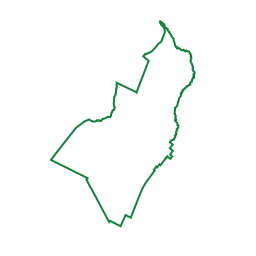 San Antonio de Areco, Buenos Aires, Argentina (Equal Earth projection), rotated 341°
{"feature_id": "61730980B86135062505656", "entity_name": "San Antonio de Areco", "entity_type": "district", "adm_level": 2, "iso_a3": "ARG", "parent_name": "Argentina", "parent_adm1": "Buenos Aires", "projection": "equal_earth", "projection_center": [-59.396, -34.207], "detail": "fine", "context": "isolated", "style": "outline", "palette": "green", "viewbox_px": 256, "rotation_deg": 341, "n_neighbors": 0, "source": "geoboundaries", "source_scale": "gbopen_adm2", "svg_char_len": 5732}
<svg xmlns="http://www.w3.org/2000/svg" viewBox="0 0 256 256"><g transform="rotate(341 128 128)"><path d="M196.1,108.5L197.0,108.2L197.1,107.8L197.2,107.6L197.6,107.7L198.8,107.6L199.3,107.7L199.7,107.1L200.7,107.2L200.5,106.8L200.7,106.5L201.0,106.2L201.5,106.1L201.9,105.3L202.6,105.0L202.9,105.0L203.2,105.1L203.5,104.9L203.7,104.7L203.6,104.3L203.8,104.0L204.2,103.6L204.3,103.3L204.3,103.0L204.5,102.8L205.1,102.7L205.5,101.9L205.8,101.6L206.2,101.7L206.3,101.9L206.7,102.1L207.0,102.0L207.0,101.1L206.7,100.9L206.7,100.7L206.8,100.6L207.4,100.5L207.4,100.1L207.0,99.7L207.1,99.4L207.6,99.4L207.7,99.0L207.3,98.8L207.3,98.6L207.7,98.4L208.1,98.5L208.2,98.8L208.4,98.7L208.6,98.0L208.9,97.6L209.2,96.3L208.7,95.9L208.6,95.7L208.3,95.5L208.2,95.1L208.3,94.5L208.1,93.8L208.5,92.8L209.1,92.5L209.1,92.4L209.0,91.5L209.3,90.9L209.3,90.2L209.4,89.8L209.1,89.7L209.3,88.2L209.1,87.4L209.2,86.8L208.9,85.8L208.9,85.4L209.0,85.1L209.4,84.6L209.4,84.3L209.3,84.0L209.3,83.8L209.6,83.7L210.2,83.2L210.6,82.9L210.7,81.9L210.3,81.3L210.3,81.2L210.7,81.1L210.8,80.8L211.2,80.5L211.0,80.1L211.3,78.6L211.2,78.4L211.1,78.0L210.8,77.9L211.0,77.6L211.0,77.4L210.8,76.8L210.8,76.5L210.6,76.1L210.5,75.6L209.8,75.3L209.5,74.8L209.0,74.6L208.3,73.7L207.7,73.8L207.6,74.3L207.4,74.4L206.7,73.5L206.4,73.4L206.4,72.7L206.2,72.4L205.7,72.1L204.8,72.3L203.9,71.7L203.7,71.3L203.1,70.8L203.0,70.2L202.7,69.8L202.6,69.4L202.3,69.2L200.9,69.1L200.3,68.8L200.3,68.5L200.7,68.1L201.0,67.7L200.8,67.5L200.6,67.6L200.3,67.0L199.9,67.0L199.5,66.7L199.4,66.4L199.5,65.7L199.4,65.0L199.6,64.2L199.6,63.7L199.8,63.2L199.8,62.2L199.6,61.6L199.5,60.8L199.7,60.2L199.7,59.4L199.8,59.1L200.1,58.8L200.1,58.4L200.0,57.9L199.4,56.8L199.2,56.0L198.9,55.5L199.0,53.8L198.6,53.3L198.7,52.5L198.6,52.4L198.4,52.1L198.3,51.9L198.3,50.7L198.0,50.5L198.1,50.0L197.9,49.5L197.2,48.8L197.4,48.3L197.3,47.8L197.4,47.6L197.6,47.6L197.7,47.3L197.7,47.2L197.2,47.0L197.0,46.3L197.0,46.0L196.9,45.8L195.7,45.5L195.5,44.7L195.9,44.6L195.9,44.1L195.7,43.8L195.8,43.6L195.8,42.8L196.0,42.5L195.9,42.1L195.8,41.4L195.2,40.7L195.2,40.3L194.6,40.0L194.2,39.3L194.1,38.9L193.7,38.3L193.4,37.7L193.2,37.6L192.8,37.6L192.9,38.4L192.7,39.0L192.8,39.2L192.8,39.8L193.0,41.4L193.1,41.5L193.6,41.8L193.7,42.6L194.0,43.0L194.1,43.4L194.4,44.0L194.5,44.5L194.7,44.9L194.6,45.9L194.7,46.5L194.7,46.8L194.5,47.5L194.4,48.2L194.0,49.5L192.4,51.2L191.3,52.9L190.3,53.7L189.8,54.4L188.9,55.3L189.1,55.8L187.0,57.4L183.4,58.5L182.7,59.1L182.2,59.7L182.0,59.9L177.4,62.2L175.1,63.5L173.8,63.5L173.6,63.7L172.0,63.9L171.2,63.6L170.7,63.7L170.3,63.8L169.7,64.2L169.2,63.9L168.4,63.5L167.8,64.2L166.8,64.5L165.8,65.2L169.4,71.2L147.5,97.3L146.9,96.3L144.1,93.5L135.6,85.1L132.2,81.8L132.2,82.4L131.8,82.4L131.6,82.8L131.6,83.2L131.5,83.4L131.1,83.7L131.0,84.2L131.0,85.3L130.7,85.4L130.5,85.7L130.4,86.4L129.8,86.8L129.5,87.2L129.2,87.9L129.4,88.2L128.8,88.9L128.6,89.7L128.2,90.3L128.3,90.4L128.2,90.9L127.6,91.3L127.5,91.9L127.4,92.1L126.7,92.7L126.5,93.1L125.5,93.9L125.3,94.3L125.0,94.4L124.9,94.8L124.3,95.5L123.9,97.0L123.1,98.9L122.8,99.3L122.5,100.4L122.2,100.8L122.1,101.9L122.2,102.0L122.2,102.3L122.1,103.8L122.2,104.3L121.3,105.1L121.0,105.6L121.0,106.0L120.4,106.5L120.0,106.5L119.6,106.3L119.0,106.4L118.7,106.8L118.4,107.7L117.7,108.2L117.6,108.4L117.0,108.8L116.9,109.2L116.5,109.5L116.3,109.8L116.1,110.7L115.5,111.5L114.8,111.8L114.5,111.8L113.7,111.2L113.4,111.2L112.5,110.9L111.4,111.0L110.8,111.3L110.0,111.4L108.5,111.4L108.0,111.5L107.2,111.1L106.9,111.1L106.2,111.5L105.9,111.9L105.6,112.0L105.1,112.5L104.8,112.6L104.2,112.4L103.8,112.1L103.9,111.9L102.9,111.1L102.3,111.0L101.9,110.8L101.4,110.7L101.4,111.2L100.7,111.0L100.0,111.2L99.4,111.1L99.0,111.2L98.1,111.0L97.9,110.8L97.7,110.8L97.1,110.4L96.9,110.1L96.1,109.8L94.1,107.4L93.3,107.2L92.5,107.5L89.9,107.4L89.0,107.6L78.9,110.9L54.7,126.5L44.7,133.1L73.5,162.3L73.4,162.6L72.7,162.6L71.9,163.0L72.7,168.6L75.0,182.1L79.5,210.7L80.6,209.8L89.0,218.4L97.4,209.6L101.4,213.7L117.0,195.4L122.3,189.5L127.4,185.2L139.3,177.0L138.8,176.1L142.2,173.7L142.8,174.7L145.9,172.6L146.6,173.8L154.0,168.7L154.3,169.0L154.7,168.5L154.6,168.3L155.9,167.5L158.0,171.0L160.5,169.2L159.2,166.9L163.0,164.2L161.0,160.7L164.9,158.2L163.0,155.2L163.4,154.9L163.4,154.6L164.4,154.2L164.6,153.8L165.4,153.9L166.2,153.7L166.7,153.8L167.4,153.6L167.9,153.7L168.2,153.2L168.2,152.9L168.5,152.7L168.8,152.7L169.3,152.4L169.5,152.1L169.6,151.5L169.9,151.1L169.9,150.7L170.2,150.8L170.3,151.0L170.5,150.9L170.7,150.6L170.8,150.3L170.8,149.9L171.2,149.5L171.5,149.6L171.9,149.2L171.7,148.7L171.8,148.3L172.0,148.0L172.2,147.3L172.8,147.1L173.1,146.4L173.7,145.8L173.7,145.7L173.6,145.4L173.5,145.1L174.3,144.5L175.0,144.1L175.3,144.2L175.6,143.8L176.0,143.3L176.4,142.3L176.2,141.8L176.0,141.7L175.6,141.3L176.1,140.4L176.2,140.0L176.1,139.0L175.3,137.6L175.2,136.9L174.9,136.3L175.0,136.0L175.1,135.8L175.8,136.0L176.1,136.0L176.2,135.8L176.2,134.8L176.1,134.5L176.3,134.0L176.2,133.3L176.3,133.0L176.9,132.3L177.1,132.2L177.0,131.8L177.0,131.0L176.8,130.7L176.8,130.4L177.1,129.9L176.8,129.4L177.1,129.0L177.3,128.0L177.9,127.2L178.0,127.0L178.0,126.4L178.2,126.1L178.6,125.7L178.6,124.6L178.7,124.4L178.9,124.3L179.5,124.5L179.6,124.4L180.0,123.9L180.9,123.5L181.9,122.9L182.2,122.3L182.5,121.9L182.7,121.2L183.8,120.1L184.0,119.4L184.4,119.1L184.8,118.4L185.3,117.8L185.4,117.5L185.8,117.0L186.5,116.1L188.1,115.1L189.1,113.7L189.4,113.4L189.1,112.7L189.8,112.6L189.9,112.4L189.8,112.1L190.0,111.8L190.8,111.9L191.0,111.1L191.5,111.0L192.3,110.6L192.5,110.4L192.2,110.0L192.2,109.9L192.2,109.7L192.4,109.6L193.0,109.8L193.3,109.8L193.7,109.6L194.6,108.9L195.3,109.0L195.9,108.8L196.1,108.5Z" fill="none" stroke="#15803d" stroke-width="2"/></g></svg>